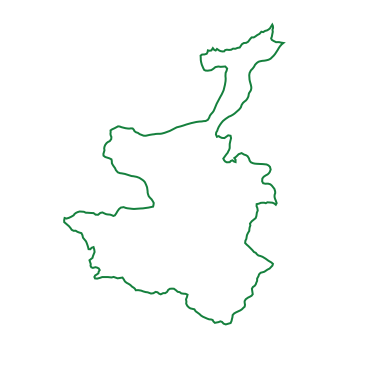 the district of Turmalina, Minas Gerais, Brazil, rotated 253°
{"feature_id": "56859067B92924198369136", "entity_name": "Turmalina", "entity_type": "district", "adm_level": 2, "iso_a3": "BRA", "parent_name": "Brazil", "parent_adm1": "Minas Gerais", "projection": "orthographic", "projection_center": [-42.797, -17.256], "detail": "fine", "context": "isolated", "style": "outline", "palette": "green", "viewbox_px": 384, "rotation_deg": 253, "n_neighbors": 0, "source": "geoboundaries", "source_scale": "gbopen_adm2", "svg_char_len": 6038}
<svg xmlns="http://www.w3.org/2000/svg" viewBox="0 0 384 384"><g transform="rotate(253 192 192)"><path d="M55.4,190.6L57.1,192.1L58.7,193.0L60.5,194.1L62.4,194.9L63.5,196.7L64.0,198.8L64.7,203.7L65.3,205.6L66.2,207.2L66.9,208.8L68.6,209.7L70.8,210.0L72.2,210.4L73.7,212.0L74.6,214.6L75.0,217.0L75.4,218.7L76.5,220.2L82.0,221.0L83.3,222.4L84.0,224.6L85.1,226.0L86.5,227.0L88.0,228.3L90.2,229.0L92.0,230.9L93.6,232.0L94.7,234.0L94.6,236.3L94.6,237.9L95.7,241.4L96.1,243.8L98.1,247.4L99.6,248.4L101.4,247.3L103.9,245.0L106.7,242.9L109.4,240.5L110.8,238.7L111.9,236.9L113.6,235.8L115.2,235.2L116.5,233.7L118.9,232.7L123.8,230.1L125.7,228.9L127.7,227.9L129.9,228.9L131.2,230.2L134.6,231.9L136.3,233.4L138.1,235.4L139.7,236.0L141.3,236.8L142.9,238.0L144.8,238.2L146.5,240.5L148.4,245.2L150.1,246.5L153.3,248.0L155.0,249.4L157.5,249.8L159.6,249.6L161.5,250.3L161.3,252.4L161.5,254.8L160.7,257.8L159.7,259.3L160.1,261.1L158.3,265.7L156.9,267.4L155.3,268.4L156.6,269.7L159.4,269.6L161.4,269.4L163.2,269.5L165.0,270.1L166.7,271.3L168.4,271.7L170.9,271.7L173.0,270.9L174.8,270.2L176.4,269.2L177.7,267.3L178.5,264.5L179.6,262.6L181.7,262.2L184.3,263.2L185.6,265.0L186.3,267.3L186.7,269.4L187.4,270.9L188.4,272.2L190.5,273.8L193.3,273.9L195.1,272.9L196.5,271.4L197.9,268.1L200.0,262.3L200.8,260.3L201.8,258.6L203.2,257.0L205.1,256.3L207.4,256.3L210.0,255.6L211.4,254.4L212.6,252.7L214.7,250.8L214.5,247.6L213.7,246.2L212.8,244.4L212.1,242.4L210.1,243.1L207.9,242.4L208.8,241.1L210.5,239.9L210.3,238.1L209.5,236.8L210.2,234.0L211.4,232.7L213.0,232.0L214.8,231.7L217.9,235.8L219.1,237.6L220.3,238.6L221.4,239.8L223.0,240.9L226.9,242.1L229.8,243.7L232.1,245.1L234.5,245.3L235.6,243.2L234.1,238.8L235.0,236.4L236.3,234.9L237.6,233.9L237.5,232.0L240.0,231.7L241.9,232.6L243.1,234.0L244.7,235.1L246.4,236.6L248.1,238.5L249.7,240.6L250.9,242.5L252.1,245.5L253.3,249.4L253.4,251.1L253.9,253.5L254.6,255.7L257.1,261.2L258.6,263.4L260.8,265.0L262.3,266.8L263.1,268.5L263.8,270.4L265.0,272.1L266.8,273.8L269.7,275.3L271.9,277.9L273.5,278.9L275.0,279.4L277.1,279.6L280.9,279.7L282.8,279.9L287.0,280.9L289.0,281.9L291.1,283.9L292.3,286.1L293.6,287.9L295.3,289.6L296.5,291.8L297.1,293.7L297.1,295.3L296.9,297.4L296.4,299.8L296.2,301.6L296.1,303.9L296.5,306.1L298.5,310.0L299.7,311.8L302.7,315.4L304.2,317.0L305.6,318.7L307.0,321.0L307.8,323.0L308.8,320.9L309.9,319.0L310.7,316.2L312.7,314.1L314.2,312.8L315.8,312.6L317.1,313.7L319.6,315.0L321.6,316.1L323.6,316.4L325.2,317.5L327.1,317.9L328.6,317.7L325.7,314.4L325.0,312.7L324.6,311.0L324.7,309.0L324.1,306.8L325.0,305.2L323.5,302.8L323.0,300.3L322.2,298.0L321.8,296.3L322.4,294.2L321.4,292.5L319.3,289.6L318.8,287.5L319.3,285.0L318.7,282.9L316.2,279.9L316.5,277.6L316.3,275.4L317.1,273.1L316.6,271.1L317.0,269.0L317.9,266.9L318.0,265.2L317.1,263.9L317.5,262.2L318.5,260.3L319.8,259.0L321.5,257.7L320.4,256.0L321.4,254.8L323.5,254.0L321.7,251.9L322.0,249.9L322.8,248.6L321.1,247.7L319.9,246.4L319.9,244.2L320.5,241.8L319.9,240.1L317.8,239.6L315.7,239.0L313.5,238.7L310.9,238.6L307.0,239.0L305.1,239.4L304.1,240.6L303.4,242.6L302.9,246.1L303.6,248.5L304.6,250.9L304.3,253.9L303.3,256.0L302.3,260.5L299.8,261.7L297.8,260.5L296.1,259.0L293.1,257.9L290.7,257.4L288.2,256.5L284.8,254.8L280.1,252.0L278.7,250.8L276.6,248.9L274.9,247.1L269.2,241.4L264.7,237.7L263.1,236.3L262.1,235.0L261.1,233.3L259.8,231.5L258.1,230.2L256.4,228.3L255.9,225.8L256.4,223.7L256.6,222.0L257.2,219.6L257.7,216.6L258.1,211.4L258.2,206.3L258.1,203.2L258.1,200.4L258.3,196.3L256.9,188.7L256.6,183.0L256.7,180.2L257.0,178.4L257.6,176.5L258.1,174.4L258.3,172.6L258.6,171.1L259.0,168.2L259.3,164.3L260.0,162.2L262.6,158.9L264.3,157.6L265.5,155.9L267.0,154.8L268.7,154.5L270.1,153.8L270.7,152.2L271.0,150.4L271.6,148.9L272.5,147.0L274.6,143.5L275.7,142.1L276.4,140.5L275.6,136.4L275.3,134.0L274.7,132.1L273.0,131.7L271.4,131.0L269.8,130.8L268.2,131.0L266.2,130.2L264.7,128.2L264.4,126.3L263.8,124.7L262.5,122.9L261.1,121.7L259.5,120.8L257.5,120.5L254.3,118.4L252.6,118.0L250.8,119.3L248.4,122.8L246.8,124.5L245.3,124.4L242.8,123.8L240.5,124.3L237.2,125.4L235.2,125.6L232.5,126.8L231.1,128.6L230.4,130.2L228.9,133.1L224.9,138.9L224.3,140.4L222.6,143.6L220.9,145.8L218.8,147.6L217.1,148.9L215.2,149.8L212.4,150.2L209.6,150.4L205.8,149.8L204.4,149.4L202.8,149.3L200.6,149.4L198.7,150.2L196.8,151.2L194.7,151.8L192.7,152.2L190.7,151.3L189.4,150.5L189.8,145.9L190.7,140.2L191.2,138.3L192.2,133.9L192.6,132.1L193.2,130.3L195.4,125.3L196.2,123.9L197.5,122.2L197.9,119.4L197.0,117.2L195.3,115.0L193.7,113.3L192.2,111.4L192.1,109.8L193.2,108.6L194.3,107.1L195.2,104.8L195.9,103.4L197.0,102.1L198.6,100.4L198.8,98.2L197.7,95.6L198.5,93.2L200.6,91.7L201.3,89.7L202.6,86.3L203.3,84.3L204.7,82.8L206.2,78.9L206.2,76.6L205.9,74.8L205.3,73.2L204.3,72.0L203.7,69.5L203.3,66.9L203.3,64.2L204.4,62.6L202.4,61.5L200.5,61.0L199.0,62.0L195.2,64.4L193.0,65.3L191.0,65.9L189.5,67.5L189.0,69.4L187.4,70.8L186.3,72.2L185.0,74.2L182.7,74.6L180.2,74.4L175.8,76.2L173.9,76.4L171.6,76.5L169.7,76.5L167.6,76.4L167.0,78.0L168.0,79.7L168.1,81.7L165.6,81.7L163.1,81.3L159.6,78.5L158.1,77.6L156.7,74.0L152.7,74.1L151.1,73.4L149.4,73.7L148.4,75.0L148.3,77.7L147.4,79.2L146.1,80.5L144.3,80.9L143.1,79.5L141.6,78.7L140.9,76.6L140.5,75.0L139.3,73.8L137.7,74.0L136.9,76.0L136.8,78.9L136.9,81.3L135.2,86.8L133.8,90.1L133.7,92.2L131.2,95.6L130.5,100.5L128.4,101.2L126.1,101.7L124.3,102.9L123.0,104.2L121.8,105.3L120.5,106.2L119.0,107.0L117.5,108.3L116.2,109.1L114.5,109.5L113.9,111.8L112.6,114.5L111.2,116.3L109.9,118.3L109.0,120.3L106.9,123.1L106.5,125.4L107.1,128.0L106.2,129.7L104.4,130.8L103.3,132.2L103.7,134.8L103.1,136.8L103.8,139.0L105.3,140.6L105.9,142.5L105.5,144.4L104.8,146.4L102.8,147.9L100.8,149.1L99.8,151.0L98.2,152.1L97.3,154.0L96.5,156.1L95.1,157.7L93.2,156.6L91.1,154.9L88.8,154.6L86.9,153.8L84.6,154.2L82.6,155.2L81.2,156.4L79.1,160.0L76.9,160.6L73.2,163.4L71.1,164.6L69.5,166.0L66.3,169.7L65.2,171.2L64.5,173.0L63.6,174.3L62.0,174.6L60.2,175.6L59.8,179.4L60.0,181.3L59.0,182.7L56.9,183.7L55.5,185.6L55.4,190.6Z" fill="none" stroke="#15803d" stroke-width="2"/></g></svg>